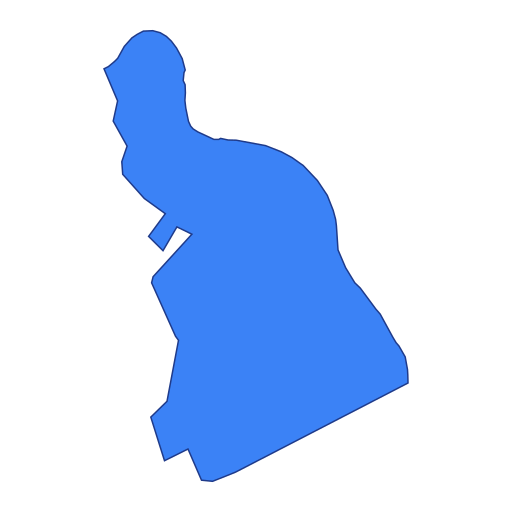 outline of Campbell, Kentucky, United States of America
{"feature_id": "52423323B7584870852949", "entity_name": "Campbell", "entity_type": "district", "adm_level": 2, "iso_a3": "USA", "parent_name": "United States of America", "parent_adm1": "Kentucky", "projection": "mercator", "projection_center": [-84.397, 38.964], "detail": "fine", "context": "isolated", "style": "filled", "palette": "blue", "viewbox_px": 512, "rotation_deg": 0, "n_neighbors": 0, "source": "geoboundaries", "source_scale": "gbopen_adm2", "svg_char_len": 1059}
<svg xmlns="http://www.w3.org/2000/svg" viewBox="0 0 512 512"><path d="M408.0,383.0L407.8,375.0L407.5,369.6L405.2,356.9L398.9,345.9L396.1,342.7L392.8,337.2L380.2,314.1L376.0,309.3L360.3,288.1L354.8,282.8L345.6,267.7L338.0,249.9L336.4,225.6L335.6,219.3L333.2,210.4L327.3,195.4L317.3,180.4L310.4,173.1L303.1,165.4L299.9,163.2L292.2,157.7L281.5,151.9L265.5,145.6L236.2,140.2L228.1,140.0L220.6,138.4L218.8,139.4L213.9,139.4L197.8,131.9L193.1,128.9L190.7,126.2L188.5,121.4L185.8,108.2L184.9,100.5L185.4,92.9L185.1,84.7L183.2,80.6L184.0,72.6L185.2,70.0L182.2,58.6L176.5,48.0L171.4,41.2L166.4,36.4L160.2,32.7L152.8,30.7L143.4,31.1L142.6,31.5L137.1,34.4L131.9,37.9L124.3,46.4L117.7,58.3L115.3,60.7L114.6,61.4L108.4,66.6L104.0,68.8L117.6,100.9L113.2,121.1L127.1,146.1L121.8,161.7L122.7,174.3L144.3,198.5L165.3,213.7L148.6,236.4L163.0,250.7L176.9,226.9L191.9,234.2L153.1,276.7L151.6,282.8L175.5,336.2L178.5,340.3L167.0,401.3L150.8,417.1L164.5,460.7L188.0,449.0L201.5,480.2L212.6,481.3L235.6,472.1L408.0,383.0Z" fill="#3b82f6" stroke="#1e3a8a" stroke-width="1.5"/></svg>